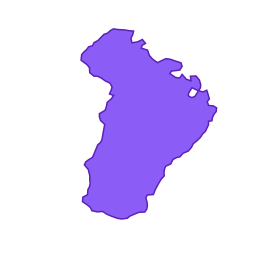 São Jorge, Rio Grande do Sul, Brazil, rotated 115°
{"feature_id": "56859067B70326013254497", "entity_name": "São Jorge", "entity_type": "district", "adm_level": 2, "iso_a3": "BRA", "parent_name": "Brazil", "parent_adm1": "Rio Grande do Sul", "projection": "equal_earth", "projection_center": [-51.726, -28.505], "detail": "fine", "context": "isolated", "style": "filled", "palette": "violet", "viewbox_px": 256, "rotation_deg": 115, "n_neighbors": 0, "source": "geoboundaries", "source_scale": "gbopen_adm2", "svg_char_len": 1823}
<svg xmlns="http://www.w3.org/2000/svg" viewBox="0 0 256 256"><g transform="rotate(115 128 128)"><path d="M64.5,80.0L61.2,79.3L58.0,80.4L54.4,83.5L52.1,88.4L54.7,93.3L58.6,90.9L59.2,95.7L56.5,101.6L60.9,102.3L62.1,106.3L61.0,113.1L58.0,112.6L56.0,109.3L53.5,105.5L49.3,105.0L46.5,107.5L47.3,113.5L47.8,118.6L49.1,122.9L52.7,126.0L56.3,128.9L55.2,134.8L53.2,139.3L49.1,143.2L50.0,149.7L47.1,150.1L43.9,147.9L41.7,152.4L46.0,155.8L49.1,160.5L45.6,163.2L41.2,163.2L37.8,163.9L39.4,168.3L40.7,173.0L42.8,178.1L44.3,183.1L47.4,185.3L50.5,186.5L53.3,189.4L57.3,190.8L61.4,192.2L65.0,194.9L68.5,194.9L71.0,198.0L74.2,198.6L78.0,200.2L81.1,201.0L86.4,199.2L87.2,195.5L87.9,191.8L89.7,188.4L94.0,186.1L95.4,180.8L94.0,177.7L94.0,173.4L94.9,168.7L95.0,163.2L97.6,159.8L100.4,159.3L105.0,159.2L104.6,154.8L108.8,155.5L113.5,157.7L118.5,156.5L121.7,156.3L127.1,160.0L130.2,158.5L132.9,155.9L134.5,150.7L149.6,146.7L152.7,146.8L156.1,148.3L169.6,147.7L173.4,150.3L176.5,152.0L179.8,152.0L182.4,146.5L187.5,142.4L190.9,140.9L194.3,138.8L197.6,138.1L200.8,138.3L205.6,136.5L209.8,139.7L214.0,138.1L214.9,132.4L216.0,128.4L218.2,125.8L217.1,120.7L214.4,115.7L215.1,110.6L214.9,105.4L214.3,99.2L213.1,95.2L210.0,90.4L207.0,89.0L203.5,85.9L199.6,82.3L197.1,77.3L193.7,76.7L189.9,77.7L186.9,79.6L183.7,82.3L180.6,82.2L177.6,76.9L172.5,77.2L166.0,76.9L160.3,76.3L156.0,74.9L152.9,76.7L149.9,77.5L146.8,77.7L142.5,74.1L137.5,73.9L134.4,71.6L132.1,68.7L127.7,67.5L123.4,63.6L118.8,62.3L114.6,62.2L110.4,60.1L105.9,58.4L101.9,57.9L98.2,56.4L94.7,56.4L91.0,56.4L87.9,57.9L86.0,55.0L82.6,55.9L78.8,55.8L76.0,55.0L72.3,56.2L71.9,60.1L73.5,64.5L70.7,67.3L67.2,66.6L63.5,69.8L60.5,72.6L63.6,75.3L64.5,80.0ZM64.5,80.0L67.6,80.2L71.3,80.8L73.6,83.2L73.3,87.1L70.3,87.8L64.5,87.0L64.5,80.0Z" fill="#8b5cf6" stroke="#5b21b6" stroke-width="1.5"/></g></svg>